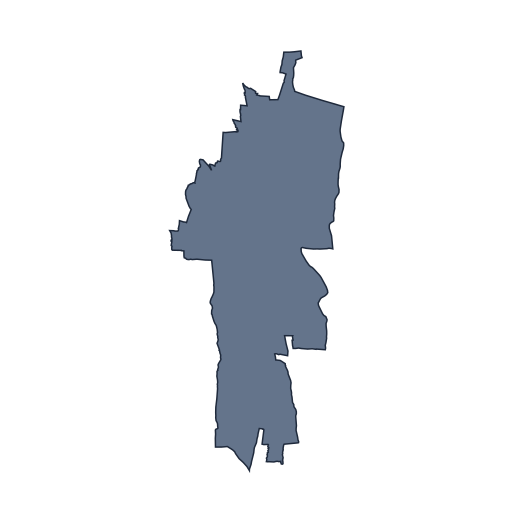 the district of Coroiesti, Bacau, Romania, rotated 194°
{"feature_id": "2599482B8243132142430", "entity_name": "Coroiesti", "entity_type": "district", "adm_level": 2, "iso_a3": "ROU", "parent_name": "Romania", "parent_adm1": "Bacau", "projection": "equal_earth", "projection_center": [27.499, 46.29], "detail": "fine", "context": "isolated", "style": "filled", "palette": "slate", "viewbox_px": 512, "rotation_deg": 194, "n_neighbors": 0, "source": "geoboundaries", "source_scale": "gbopen_adm2", "svg_char_len": 6064}
<svg xmlns="http://www.w3.org/2000/svg" viewBox="0 0 512 512"><g transform="rotate(194 256 256)"><path d="M311.5,382.7L310.9,381.6L309.9,380.8L309.2,379.4L307.9,378.5L307.8,378.0L307.2,377.5L307.1,376.4L306.7,375.9L305.4,375.6L305.1,375.3L304.7,374.6L305.3,374.3L305.4,374.0L303.9,373.5L303.6,373.0L304.5,372.5L304.1,372.0L305.4,371.5L305.7,371.8L315.5,368.4L317.8,368.0L313.2,342.6L313.5,342.1L313.7,340.9L313.3,340.0L313.4,339.2L314.1,338.9L316.1,338.9L316.3,338.7L316.3,337.4L316.4,337.1L317.7,336.4L317.8,334.1L317.6,333.4L318.2,333.2L319.4,333.8L320.5,333.9L323.0,333.9L323.2,333.6L323.3,333.4L320.2,328.9L320.4,328.8L322.6,331.0L323.9,332.0L330.7,336.5L333.4,336.3L333.9,335.8L333.9,334.2L333.1,332.3L332.5,331.4L331.9,331.0L331.6,329.5L331.8,328.6L333.1,327.5L333.2,327.0L332.9,326.1L333.0,325.8L333.3,325.8L333.4,325.1L333.9,324.4L333.7,323.4L333.7,321.2L333.5,320.7L333.2,314.0L333.3,312.5L333.0,312.1L334.4,312.0L335.2,311.4L335.6,310.8L337.2,310.0L337.7,309.1L338.9,308.2L338.7,307.3L338.9,307.0L338.8,306.7L339.2,305.9L339.2,304.8L339.9,303.0L339.9,301.4L339.3,298.7L338.3,296.8L337.8,295.1L333.0,288.1L331.2,286.2L330.1,285.5L331.1,278.3L331.5,271.6L332.9,271.8L334.3,271.5L338.8,271.8L338.1,268.2L338.0,263.8L337.7,263.7L337.6,263.0L337.6,262.0L337.9,261.3L340.5,260.6L342.0,260.6L345.9,259.8L343.9,257.7L342.9,255.4L342.6,254.0L341.9,252.8L341.5,251.3L342.0,251.2L342.2,250.8L341.9,249.8L341.3,249.8L341.1,249.4L340.9,246.2L340.8,245.6L339.9,245.2L339.8,243.7L339.3,242.0L338.8,241.8L338.6,241.4L329.8,243.4L329.6,243.1L327.2,243.5L325.9,238.5L325.2,236.9L323.7,236.8L322.7,236.1L321.0,236.1L319.9,236.4L318.6,237.1L317.0,237.1L312.6,238.6L304.4,239.8L298.0,241.2L290.2,219.3L290.0,217.5L289.3,215.9L288.1,210.8L288.2,208.9L288.8,205.5L289.2,204.0L289.4,201.3L289.3,200.0L288.8,199.0L286.6,197.1L285.6,194.9L285.8,192.4L285.1,189.0L284.5,188.6L283.5,186.6L280.9,182.4L279.4,180.5L277.8,179.0L276.0,175.6L274.8,172.4L274.9,171.3L274.6,170.3L274.0,169.4L273.6,168.6L273.5,167.8L272.4,165.6L272.4,164.1L272.7,161.9L268.9,156.3L269.1,155.7L268.6,155.5L267.3,152.8L266.3,151.4L265.8,148.6L265.1,147.5L265.1,146.6L266.3,142.6L266.5,141.1L265.9,140.0L265.5,138.6L265.7,137.0L265.7,136.4L265.3,135.8L265.8,135.1L265.9,134.5L265.3,132.4L264.9,129.9L263.4,126.5L262.6,124.1L262.5,122.0L262.1,121.4L261.8,119.8L261.2,118.0L259.5,108.2L258.4,99.6L257.3,94.6L256.3,91.2L256.0,89.5L254.9,86.6L253.4,85.0L252.7,83.8L251.9,81.2L251.3,79.9L251.5,79.3L253.1,78.1L253.3,77.3L252.1,73.3L251.4,69.4L249.1,60.8L243.2,62.3L237.7,64.2L231.9,62.3L229.3,60.9L228.0,59.3L223.4,55.3L218.4,52.6L213.8,49.5L210.5,46.2L210.8,47.7L210.4,52.6L210.6,55.7L210.6,64.4L211.1,68.0L211.2,69.9L210.4,74.9L210.8,79.0L210.7,81.6L211.0,84.0L211.1,89.4L207.7,89.9L207.6,89.6L206.6,89.6L206.3,89.2L204.6,74.9L202.8,74.9L198.7,76.1L198.3,75.8L198.5,74.2L198.3,73.8L197.2,73.1L197.2,72.8L197.7,72.3L197.2,71.9L197.0,70.6L197.4,69.9L196.8,69.0L196.6,68.5L197.4,67.7L197.0,66.4L197.2,65.8L196.8,65.5L196.4,63.9L197.0,62.4L196.2,61.0L196.2,59.0L194.6,59.2L194.4,59.4L188.8,60.5L186.7,61.6L185.4,62.0L184.0,62.0L182.4,62.7L182.0,61.6L181.1,60.3L179.8,60.5L179.6,61.2L180.2,63.1L180.7,64.0L180.6,64.7L181.1,65.3L180.8,66.6L182.4,69.7L182.2,70.6L182.6,71.5L182.8,73.1L182.6,73.6L182.9,74.0L182.8,75.0L183.2,75.9L183.3,77.0L183.4,79.3L183.2,80.2L170.2,84.8L169.6,85.1L169.6,86.0L170.8,87.8L171.8,90.3L174.9,96.4L175.4,98.7L175.7,101.1L178.6,109.8L178.8,110.7L178.7,112.7L179.2,114.7L180.3,116.7L182.5,118.7L182.9,119.3L183.4,121.0L185.1,122.7L187.0,128.0L188.0,129.9L188.4,131.8L189.0,133.3L190.3,135.8L191.0,139.0L191.3,141.4L192.3,143.6L196.3,149.3L196.9,151.2L197.8,152.6L200.5,155.8L200.8,156.4L200.7,156.7L201.3,157.4L201.6,158.6L206.8,160.4L207.5,160.5L211.7,159.9L212.7,162.7L214.2,165.5L213.7,165.8L212.5,166.1L210.0,165.8L209.1,166.5L201.2,166.9L202.0,171.5L205.6,178.2L209.0,185.6L201.1,187.5L201.2,186.8L199.7,183.4L200.6,183.0L198.8,177.8L198.5,177.4L197.6,175.3L195.1,175.9L192.5,177.0L189.6,177.2L183.4,178.2L179.0,179.6L175.1,180.0L175.0,180.3L166.1,181.8L166.2,183.5L167.2,186.1L167.2,188.8L167.6,193.5L168.0,194.3L168.5,197.3L169.3,200.4L171.0,205.0L171.7,207.5L171.5,210.0L171.6,211.3L173.6,214.1L175.7,214.7L177.4,216.0L182.8,222.4L183.5,223.4L184.3,225.5L184.0,226.4L183.4,229.1L183.0,230.4L182.3,231.4L179.6,233.9L178.2,235.8L177.5,237.8L178.3,239.9L180.4,243.0L183.2,246.1L187.6,250.9L189.3,252.4L197.4,257.8L199.5,258.8L200.3,258.8L202.4,260.0L206.2,263.3L212.1,269.4L213.2,271.3L214.1,274.2L213.8,275.0L213.0,275.5L209.2,275.6L201.8,276.7L198.3,277.7L195.7,278.2L188.9,280.3L187.1,281.2L184.7,281.5L183.2,281.5L187.6,293.9L191.6,300.6L192.3,303.5L192.3,304.5L191.9,305.6L190.7,307.1L189.5,308.2L189.1,308.9L189.7,311.7L190.6,314.0L191.0,317.6L191.1,321.4L191.6,322.5L192.2,325.5L192.8,327.2L193.0,329.0L192.8,330.9L192.1,333.6L191.1,336.3L190.9,337.8L191.5,340.6L192.9,343.3L193.7,345.3L194.4,348.3L195.0,351.4L194.8,351.5L195.8,355.7L196.0,357.9L195.8,361.6L195.9,363.1L196.6,365.8L197.4,370.5L197.5,377.5L197.3,381.1L197.6,384.3L198.3,386.9L200.4,388.5L202.4,392.0L204.6,397.5L205.0,399.3L205.8,407.7L206.5,418.7L206.8,422.1L229.4,423.0L246.9,424.0L258.3,425.1L258.7,426.2L260.6,428.8L261.8,431.3L262.7,433.8L262.9,435.7L263.3,436.9L262.9,437.9L263.1,440.1L263.6,442.6L265.2,447.8L264.4,450.7L264.1,453.2L264.8,455.1L264.8,455.7L259.3,459.6L260.4,461.3L262.0,465.8L268.6,463.3L273.1,461.8L278.3,460.5L277.7,455.7L277.8,451.7L277.2,448.1L277.5,445.3L277.2,440.6L277.0,439.8L274.7,440.2L270.9,439.8L271.2,432.9L270.6,431.4L271.3,430.3L272.1,417.5L272.6,413.0L280.5,410.9L281.8,414.0L290.9,412.3L291.2,412.5L294.2,412.4L293.8,414.0L295.7,413.7L296.1,414.7L296.1,415.5L301.8,417.4L303.0,416.8L303.9,416.8L305.2,417.5L306.8,417.8L308.8,418.9L310.8,420.6L309.3,417.6L307.7,415.2L306.6,414.0L306.0,411.8L306.8,411.7L306.8,411.1L306.2,410.6L306.1,409.4L305.3,409.1L304.9,408.5L304.6,407.2L301.0,399.6L307.4,398.6L306.4,394.3L306.9,394.2L306.6,392.7L305.9,390.9L305.6,390.7L304.8,388.6L304.9,387.6L303.1,382.8L311.5,382.7Z" fill="#64748b" stroke="#1e293b" stroke-width="1.5"/></g></svg>